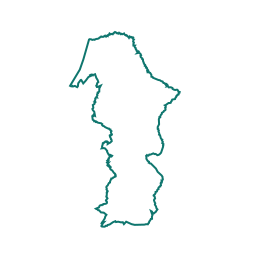 Huayacocotla, Veracruz, Mexico, rotated 158°
{"feature_id": "50627088B38829203416925", "entity_name": "Huayacocotla", "entity_type": "district", "adm_level": 2, "iso_a3": "MEX", "parent_name": "Mexico", "parent_adm1": "Veracruz", "projection": "albers", "projection_center": [-98.484, 20.524], "detail": "fine", "context": "isolated", "style": "outline", "palette": "teal", "viewbox_px": 256, "rotation_deg": 158, "n_neighbors": 0, "source": "geoboundaries", "source_scale": "gbopen_adm2", "svg_char_len": 5854}
<svg xmlns="http://www.w3.org/2000/svg" viewBox="0 0 256 256"><g transform="rotate(158 128 128)"><path d="M131.0,224.6L143.7,208.3L150.8,200.2L165.9,188.8L165.1,187.9L163.9,187.4L163.7,187.6L163.4,187.1L161.5,186.9L159.8,184.9L158.8,185.5L157.4,188.1L154.0,190.2L153.5,190.2L153.3,189.8L152.8,186.1L149.5,187.7L145.6,190.1L143.3,190.2L143.6,190.6L143.5,191.2L142.1,191.3L141.0,190.2L140.8,190.6L140.3,190.2L138.4,190.2L138.6,186.2L138.2,184.1L138.3,181.7L139.8,181.1L141.0,179.3L141.5,179.2L141.6,178.5L141.5,177.7L140.6,177.4L137.4,177.5L139.8,175.4L141.0,172.5L142.8,172.3L142.8,171.4L143.6,171.2L144.1,170.7L144.2,169.6L145.6,168.7L145.4,167.9L146.1,168.2L147.3,167.7L147.6,166.6L148.7,165.6L148.5,164.6L149.4,164.6L149.1,163.9L149.7,163.6L150.2,162.8L152.0,162.5L152.5,159.9L152.9,159.4L153.9,159.0L153.9,157.8L153.2,155.7L154.0,151.9L154.7,153.0L155.1,152.4L155.4,152.6L155.6,152.1L156.4,152.6L156.7,152.4L157.6,148.9L156.6,147.5L156.8,147.0L156.0,146.8L155.7,145.6L155.4,145.4L154.8,145.7L153.9,144.2L151.1,142.4L150.4,141.2L150.8,140.8L150.9,140.2L150.4,139.3L149.5,138.6L148.9,137.4L146.8,135.1L145.8,134.5L145.8,133.9L144.9,133.2L145.2,132.7L144.5,131.3L145.3,130.8L145.6,130.0L145.3,128.1L145.7,127.7L146.7,127.5L147.2,128.1L147.7,128.0L148.0,126.6L147.8,124.6L148.0,123.9L147.7,123.5L148.0,121.9L150.0,121.1L151.3,121.1L152.8,120.8L151.9,122.5L152.4,123.4L153.0,123.7L153.3,123.1L154.2,123.9L156.2,123.1L156.4,123.5L157.0,123.4L158.1,121.6L158.9,120.8L159.1,119.7L160.0,119.0L157.9,118.4L156.9,117.6L155.9,114.6L156.2,114.2L156.2,113.1L155.9,110.4L155.6,110.0L154.8,110.0L153.4,108.5L153.8,108.4L153.5,108.0L154.1,107.7L155.3,108.2L156.1,108.1L157.0,107.0L157.5,107.0L157.7,106.3L158.1,106.2L158.0,105.6L159.3,105.5L159.0,104.8L160.3,104.0L159.6,103.2L159.0,103.1L160.4,102.3L160.2,101.2L160.6,101.1L160.1,100.6L160.7,100.3L160.3,99.6L159.6,100.0L159.6,99.3L159.3,99.4L159.0,99.1L159.2,98.5L158.8,98.1L159.5,97.5L159.8,96.9L159.4,95.7L158.5,94.5L157.9,91.7L157.2,90.6L157.1,89.9L157.5,89.4L157.1,89.1L157.4,87.9L157.6,87.7L160.4,87.6L160.7,87.3L162.0,87.1L162.4,87.4L164.8,85.0L165.1,84.2L166.4,84.1L168.3,82.4L169.8,81.8L170.3,81.2L170.4,79.7L171.0,79.0L170.5,77.1L171.4,76.7L171.5,76.0L172.1,75.8L172.1,75.3L173.2,73.0L173.7,72.8L173.8,72.0L173.5,71.4L173.4,70.4L175.2,69.5L175.7,68.9L175.2,67.7L175.4,66.8L175.9,66.2L177.0,66.1L179.3,66.7L179.7,66.3L180.5,66.5L181.1,66.2L181.8,66.6L182.8,66.7L183.6,66.4L184.6,65.3L188.0,65.2L187.6,64.6L186.7,64.1L186.5,63.0L185.6,62.5L184.7,59.9L182.2,58.6L180.5,55.6L182.2,54.5L183.4,52.9L186.1,50.9L187.6,50.1L187.8,49.9L185.8,49.6L186.9,49.1L189.4,47.1L189.0,46.3L186.5,45.2L185.3,45.7L184.2,45.1L183.3,45.7L181.2,45.4L177.2,46.3L174.6,46.3L174.4,45.3L172.2,44.8L169.8,43.1L168.1,42.6L167.8,40.4L164.8,41.8L160.7,37.5L158.1,35.7L148.8,32.2L147.5,32.1L145.6,31.3L145.1,31.9L144.1,32.2L143.3,33.4L142.2,33.9L140.9,35.1L139.0,34.6L139.7,35.2L139.0,36.9L138.0,38.0L137.8,42.4L137.1,41.5L137.0,40.3L136.2,39.1L133.3,40.0L133.0,40.4L131.2,41.5L131.7,42.9L131.4,44.8L131.8,46.9L130.9,48.0L131.1,48.9L131.0,51.2L130.5,51.9L129.3,52.5L129.0,54.6L129.6,55.7L129.3,56.1L127.7,56.6L126.8,57.4L126.4,58.4L125.2,58.3L124.6,58.7L124.0,59.7L122.5,60.0L122.5,60.7L122.0,61.3L120.7,61.8L120.0,61.7L119.7,62.3L118.9,62.5L118.4,64.6L118.0,64.9L117.2,64.7L116.9,65.1L117.3,65.4L116.5,66.4L116.5,66.8L115.8,66.6L114.8,67.5L114.8,68.5L114.3,69.7L114.6,71.4L116.9,76.2L117.3,79.9L120.1,86.5L121.1,87.1L121.3,87.9L121.7,88.1L121.2,88.9L122.1,90.1L122.5,92.6L121.7,94.4L121.7,95.3L120.6,95.8L120.4,95.3L119.4,94.7L118.2,95.4L117.1,94.9L114.1,95.0L113.2,93.9L112.5,93.8L111.7,93.1L111.0,91.8L109.6,91.6L108.3,91.9L106.6,92.7L102.4,97.6L102.2,98.5L101.6,98.9L101.6,99.6L101.2,99.9L101.9,101.2L100.9,102.0L101.2,103.8L100.6,104.4L101.1,105.0L101.4,106.2L101.0,109.3L101.7,110.2L101.2,110.7L101.0,111.6L101.0,113.6L100.3,114.3L100.8,115.7L100.4,116.1L100.7,116.3L100.1,117.8L97.8,119.8L96.1,124.6L95.1,125.7L94.4,125.8L94.6,126.4L93.9,126.5L92.8,127.7L91.5,128.3L90.9,129.4L89.0,129.7L88.4,130.3L86.7,130.6L86.1,131.4L86.0,132.8L85.3,133.0L84.8,134.2L85.3,135.2L84.3,135.2L81.0,136.0L79.7,135.4L78.9,135.4L78.3,136.2L77.3,136.7L77.1,137.2L76.3,137.8L73.6,137.2L72.5,138.4L71.8,138.6L71.4,139.4L70.8,139.4L70.4,139.9L69.5,140.0L69.4,140.3L68.5,140.2L67.9,141.5L67.0,141.4L66.6,142.1L67.6,142.7L67.7,144.5L68.2,145.2L69.8,145.5L70.9,146.2L72.0,147.5L71.8,148.5L73.0,149.7L75.0,150.4L75.3,151.8L76.3,152.0L75.3,152.6L75.3,153.4L76.7,153.6L76.8,154.0L76.3,154.7L77.1,155.0L77.3,155.9L78.3,156.5L78.5,158.2L79.5,158.8L80.6,160.4L81.8,161.1L86.0,165.2L86.0,166.0L87.1,166.8L86.4,168.6L86.8,170.8L87.8,171.7L87.7,172.3L89.0,172.4L88.8,173.8L87.9,173.7L87.7,174.1L88.2,175.1L87.9,176.4L88.8,177.2L88.2,178.2L88.6,179.0L89.1,179.3L88.5,180.2L89.0,180.8L88.9,182.3L89.1,182.6L88.9,183.4L89.0,184.3L88.5,185.8L89.0,186.4L88.6,187.0L89.6,188.9L89.4,190.3L88.6,190.5L88.7,192.3L89.8,193.7L91.5,194.0L89.5,195.0L89.8,195.4L90.7,195.5L91.1,196.1L90.9,197.5L91.3,197.9L90.9,199.3L91.4,199.9L91.4,200.8L91.3,201.4L90.7,201.8L92.1,202.4L91.7,203.5L91.2,204.0L91.2,204.5L90.5,205.1L90.9,206.2L90.0,207.5L89.4,207.9L89.9,208.4L90.1,209.5L89.3,210.0L89.5,210.3L91.0,210.7L91.0,211.2L91.9,211.4L92.1,212.1L93.3,211.2L93.5,212.4L94.0,212.9L94.1,213.9L95.0,214.2L95.0,215.0L95.8,215.3L96.2,216.0L96.2,217.1L98.3,217.1L99.1,218.1L99.6,217.8L100.4,219.3L100.6,219.0L101.6,219.0L101.9,219.3L101.7,219.7L103.1,220.2L103.1,220.8L104.1,221.9L105.3,221.6L105.7,221.1L106.5,221.1L107.0,220.6L107.4,220.8L107.6,221.3L108.9,221.4L109.7,222.6L110.4,222.0L110.5,221.4L112.0,221.7L112.4,221.5L112.5,220.9L113.2,221.4L114.0,220.9L114.8,221.4L114.8,222.2L117.1,221.8L118.6,222.9L119.4,222.4L120.4,222.6L121.6,222.0L122.9,222.1L124.1,222.5L125.9,222.3L126.2,222.7L128.2,223.1L128.8,223.9L130.2,224.7L131.0,224.6Z" fill="none" stroke="#0f766e" stroke-width="2"/></g></svg>